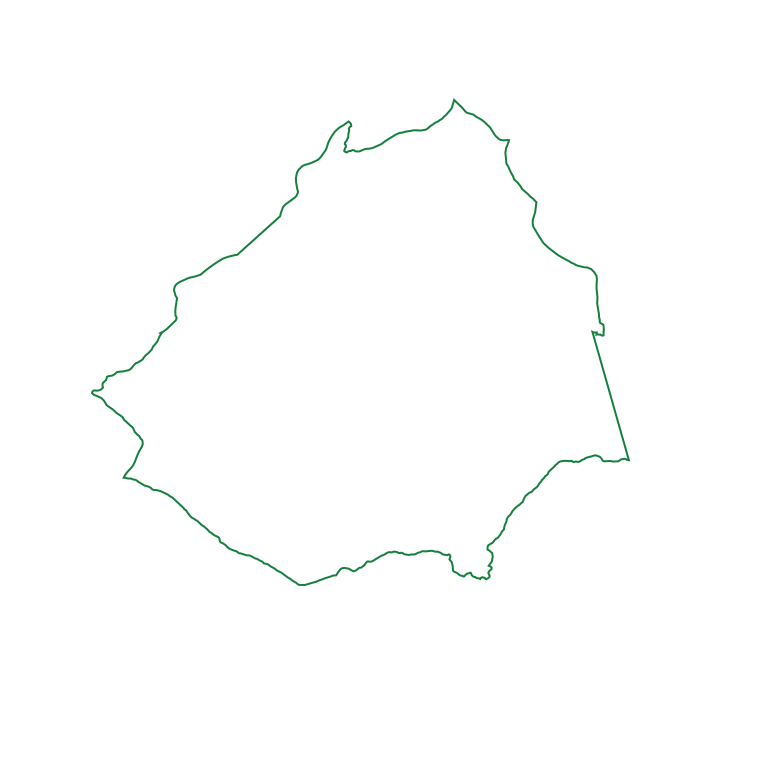 Porto de Moz, Pará, Brazil, rotated 228°
{"feature_id": "56859067B79673758478118", "entity_name": "Porto de Moz", "entity_type": "district", "adm_level": 2, "iso_a3": "BRA", "parent_name": "Brazil", "parent_adm1": "Pará", "projection": "equal_earth", "projection_center": [-52.537, -2.166], "detail": "fine", "context": "isolated", "style": "outline", "palette": "green", "viewbox_px": 768, "rotation_deg": 228, "n_neighbors": 0, "source": "geoboundaries", "source_scale": "gbopen_adm2", "svg_char_len": 6166}
<svg xmlns="http://www.w3.org/2000/svg" viewBox="0 0 768 768"><g transform="rotate(228 384 384)"><path d="M273.8,220.4L274.7,223.5L275.5,227.7L275.1,229.7L274.1,231.3L270.5,234.1L265.4,235.9L264.8,236.8L264.2,238.7L263.9,242.7L262.8,244.2L262.5,247.7L262.6,248.9L263.2,250.7L263.2,252.9L260.6,255.5L259.8,257.8L259.5,260.0L258.2,266.8L256.8,270.6L256.4,273.8L255.4,275.6L254.0,276.7L252.6,279.5L250.3,281.2L248.8,281.7L247.6,282.8L247.0,284.0L246.1,284.6L243.7,285.3L240.3,288.1L239.1,290.2L237.4,292.0L236.5,293.5L235.9,296.2L234.8,298.2L234.1,300.6L231.7,303.0L228.5,307.5L226.7,309.0L225.4,309.6L223.9,311.3L223.2,311.8L220.9,313.0L217.7,313.8L214.5,316.6L214.0,318.2L212.4,318.5L211.1,317.7L209.9,315.3L206.4,315.1L205.5,314.7L202.9,313.3L199.0,310.4L198.1,310.3L195.1,311.7L191.2,312.4L190.3,312.8L188.8,314.1L187.9,314.1L187.3,314.9L187.6,316.7L187.5,318.9L186.6,320.3L185.9,322.0L185.1,322.1L183.4,321.3L181.6,321.4L180.8,321.6L179.4,322.7L177.9,322.9L176.1,324.4L174.7,325.0L175.2,325.9L174.7,327.7L173.8,328.1L173.1,328.9L172.3,329.2L171.4,328.9L170.5,329.5L170.0,331.6L170.0,333.4L170.7,334.2L172.5,334.6L173.9,335.2L174.5,337.0L174.6,340.2L175.6,341.2L177.1,341.0L178.8,340.2L179.9,345.3L182.8,349.1L184.8,350.6L186.2,351.2L190.3,350.7L191.6,350.1L192.9,351.2L194.0,352.6L194.3,353.7L194.0,355.8L193.4,357.9L193.5,359.6L193.9,361.4L194.1,364.0L193.5,365.7L194.5,370.4L195.6,373.7L195.6,375.7L196.3,376.4L198.3,379.3L199.2,381.5L200.3,383.5L201.1,384.2L201.9,386.1L202.3,388.2L202.3,390.5L203.6,394.6L204.0,398.3L203.9,401.9L203.6,403.9L203.6,408.2L205.3,411.8L206.1,414.2L206.0,418.8L205.0,422.2L205.5,424.1L205.1,428.2L205.3,430.2L206.3,433.4L206.3,435.1L207.0,437.4L207.1,440.5L207.6,441.4L207.4,445.3L208.5,447.4L208.6,448.6L208.7,455.3L209.0,457.1L208.8,459.1L209.0,461.0L208.5,463.1L206.8,465.9L204.3,468.7L202.9,469.8L201.3,472.1L200.3,472.1L199.1,472.6L198.1,474.6L196.0,476.3L195.2,478.6L195.1,480.6L194.2,482.3L194.1,484.2L193.7,485.3L191.6,489.3L190.2,492.4L189.4,493.6L185.5,495.7L183.0,495.7L180.4,495.2L178.8,496.3L175.3,500.9L173.4,502.0L169.9,506.2L169.5,508.1L169.5,509.4L167.9,512.1L166.8,513.3L165.1,513.8L163.5,515.0L283.3,573.8L281.6,574.6L279.9,576.6L278.5,574.9L278.0,576.1L277.0,576.6L276.0,577.9L274.3,578.2L273.2,579.7L275.7,581.9L276.8,583.3L280.2,586.0L281.3,586.6L284.9,585.5L286.3,586.2L287.1,587.1L290.2,588.9L292.4,590.7L301.0,596.1L305.5,600.6L312.7,605.8L316.0,608.8L319.4,612.4L322.4,614.3L326.2,615.0L330.7,614.9L334.4,613.1L337.1,610.7L341.7,607.5L343.7,606.3L345.7,605.8L349.2,604.2L350.4,604.0L359.7,600.7L364.5,599.3L375.0,597.4L381.9,596.8L390.1,598.0L401.3,600.3L404.0,602.1L406.3,604.3L410.6,611.4L417.1,618.9L422.2,618.7L425.6,618.1L429.0,618.0L436.4,617.1L439.2,617.7L444.4,618.1L449.0,617.6L450.4,618.1L451.8,618.9L456.1,619.8L463.1,622.0L465.6,622.3L474.7,629.0L477.6,632.6L478.6,634.9L481.5,640.1L482.8,638.9L485.3,635.6L487.6,633.9L489.2,633.3L493.7,632.9L495.7,633.1L503.7,634.5L512.2,633.9L515.6,633.2L520.4,631.5L524.4,630.7L529.9,627.2L530.8,627.0L532.6,626.8L536.3,627.0L548.2,626.2L544.0,619.5L543.1,616.2L542.5,610.3L542.5,606.9L542.2,605.1L542.8,601.7L542.9,600.1L543.8,597.2L544.2,593.7L544.6,591.7L544.7,587.0L545.1,585.1L547.7,581.0L552.4,576.2L557.6,568.0L558.5,565.9L560.2,563.6L561.6,559.0L562.4,554.6L563.6,547.8L564.1,542.4L567.0,533.5L568.6,530.7L571.2,527.3L572.5,523.8L573.0,522.0L574.3,520.1L575.5,519.0L576.2,518.4L577.6,518.2L579.0,517.0L579.4,515.1L580.2,514.4L580.8,512.9L580.8,511.8L581.5,510.9L582.4,510.5L583.9,510.4L585.4,513.1L585.9,514.7L587.2,515.5L588.1,515.3L589.0,515.8L589.6,517.2L589.8,519.1L590.6,520.6L591.1,522.3L593.7,524.9L596.0,528.2L596.8,528.4L597.6,529.1L597.9,531.0L597.5,532.1L598.9,533.2L600.3,533.6L602.7,533.4L603.5,526.8L604.4,522.5L604.5,521.0L604.4,516.4L603.3,511.4L602.1,507.7L600.6,504.0L597.1,498.0L596.7,496.8L595.1,489.3L594.8,487.1L594.8,485.1L595.7,481.7L597.0,477.7L598.5,474.2L599.6,472.3L600.6,469.3L600.4,464.0L599.2,460.6L596.0,456.3L592.9,453.8L587.3,450.2L584.9,449.1L583.7,447.9L582.4,444.8L582.2,442.8L583.4,430.6L583.1,427.4L579.7,421.1L578.2,419.1L578.2,361.4L579.3,359.9L582.8,353.4L584.9,348.4L585.9,343.4L586.9,336.6L587.8,326.9L587.9,321.0L589.3,317.8L590.9,314.4L592.9,311.0L594.0,308.4L596.3,301.2L596.9,298.3L597.0,296.7L596.9,295.5L596.4,293.7L594.7,291.2L593.8,290.5L589.0,288.1L586.3,287.7L580.1,280.1L577.2,277.1L574.2,274.8L572.3,274.4L571.4,273.6L570.6,271.7L570.2,260.0L570.5,255.7L571.5,251.9L570.5,252.3L569.5,248.9L567.1,243.7L566.3,237.4L565.0,234.3L564.6,229.7L564.8,226.3L564.3,222.6L563.8,221.4L563.8,220.3L564.8,215.1L565.5,213.7L565.4,210.9L564.9,208.5L564.7,206.4L564.9,204.0L567.5,199.2L571.2,194.2L571.6,193.1L571.5,190.7L572.1,187.7L574.3,184.2L574.7,183.0L572.9,180.2L572.9,176.0L572.3,174.7L570.9,173.6L569.4,172.8L569.3,170.9L569.5,169.0L570.4,167.2L571.5,165.8L572.9,164.7L573.5,163.6L573.3,161.8L572.4,160.9L569.7,161.3L567.6,162.5L562.8,164.5L559.3,164.8L553.7,163.7L546.6,165.4L541.2,165.9L534.4,167.6L533.4,167.2L530.7,166.8L529.6,167.1L522.3,167.7L520.9,168.1L519.3,168.1L515.1,166.7L511.1,166.8L509.3,167.3L506.2,166.6L504.4,166.8L503.3,166.4L501.1,164.8L500.4,163.9L499.5,162.3L497.9,157.1L496.3,153.5L492.7,146.4L491.4,143.0L490.9,140.5L490.3,134.1L489.6,130.8L488.6,127.9L487.8,128.7L485.3,130.3L482.8,132.9L481.3,133.4L479.5,134.9L477.8,135.7L476.3,135.8L468.9,138.1L465.4,140.3L462.9,141.2L461.1,141.2L459.5,141.9L458.0,143.5L454.4,146.0L446.8,149.3L443.5,149.9L441.6,150.7L426.2,152.1L424.2,151.8L422.9,152.4L418.8,151.8L415.0,151.6L413.4,151.7L410.0,152.9L408.7,153.0L407.8,153.6L400.7,154.2L399.0,154.8L394.5,155.4L390.5,155.4L389.4,155.9L385.4,156.6L380.8,158.5L379.2,158.2L376.7,156.7L375.4,156.7L373.3,157.7L369.9,158.5L368.2,158.4L364.9,158.9L360.0,161.4L358.6,162.4L355.7,162.9L354.9,163.3L354.2,164.0L348.5,167.4L346.8,169.2L345.4,169.9L340.0,171.8L339.1,172.6L335.0,173.9L333.4,174.7L331.0,174.7L328.0,177.0L324.7,177.6L320.0,179.2L317.3,179.6L312.7,181.4L304.1,183.2L301.8,184.0L299.4,184.3L295.2,185.7L292.5,186.0L291.2,186.8L287.5,190.9L282.1,202.1L281.3,204.9L280.0,207.6L279.5,209.4L276.8,215.1L275.7,218.1L273.8,220.4Z" fill="none" stroke="#15803d" stroke-width="2"/></g></svg>